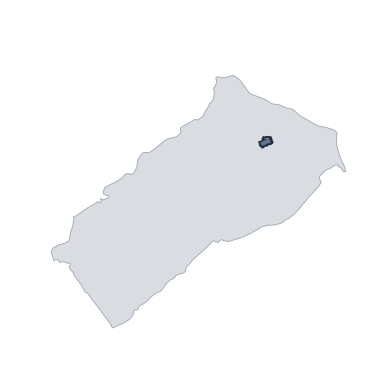 location of Akyem Mansa, Eastern, Ghana, rotated 234°
{"feature_id": "2480657B32538733435540", "entity_name": "Akyem Mansa", "entity_type": "district", "adm_level": 2, "iso_a3": "GHA", "parent_name": "Ghana", "parent_adm1": "Eastern", "projection": "equal_earth", "projection_center": [-1.143, 6.082], "detail": "fine", "context": "in_parent", "style": "filled", "palette": "slate", "viewbox_px": 384, "rotation_deg": 234, "n_neighbors": 0, "source": "geoboundaries", "source_scale": "gbopen_adm2", "svg_char_len": 5503}
<svg xmlns="http://www.w3.org/2000/svg" viewBox="0 0 384 384"><g transform="rotate(234 192 192)"><path d="M225.6,42.4L227.9,45.3L228.4,46.9L227.6,53.0L225.9,57.3L224.9,61.3L225.0,63.3L226.1,65.4L229.5,68.5L231.2,70.6L233.3,73.7L235.7,76.7L239.8,80.7L241.5,81.4L241.4,82.5L240.9,84.0L240.5,98.7L240.2,102.5L239.9,104.5L239.5,110.0L239.1,110.8L238.3,110.7L237.6,110.9L237.5,112.0L237.7,113.1L240.2,113.9L239.7,114.8L237.8,115.5L237.0,117.2L237.4,119.1L236.4,120.6L236.7,121.6L237.3,122.4L238.3,122.1L241.2,119.6L242.4,119.3L243.9,119.8L246.7,123.7L246.8,125.6L245.7,132.1L244.6,137.1L244.4,143.8L245.6,147.5L245.4,149.6L244.1,151.4L241.3,154.0L241.5,155.7L242.8,159.0L245.2,162.7L249.9,167.2L252.4,173.2L252.5,175.6L251.0,178.0L249.3,180.1L248.8,183.1L249.6,202.9L245.9,211.5L245.9,214.0L246.2,216.8L247.2,218.6L249.1,219.0L250.7,220.7L250.1,226.7L249.3,232.9L249.2,235.9L248.7,237.3L247.3,238.5L246.7,240.4L247.1,242.8L246.8,244.6L247.6,246.9L249.3,249.8L252.0,256.9L253.1,257.5L253.6,258.9L253.3,260.4L254.3,263.5L257.3,266.7L260.5,269.4L263.1,269.8L263.7,272.3L265.4,275.4L266.6,276.8L268.6,277.7L270.2,278.2L270.2,280.8L267.4,282.6L265.4,285.4L263.9,289.5L261.9,294.1L254.8,296.5L252.1,296.5L237.5,296.6L223.9,305.6L216.0,308.8L211.2,313.9L204.7,317.5L200.1,321.9L190.7,324.0L175.2,330.9L170.4,333.6L165.5,338.4L157.6,344.0L154.4,343.9L148.2,338.7L143.5,336.0L132.1,332.0L123.5,330.5L119.4,328.8L118.2,328.5L119.2,326.6L121.6,326.5L124.1,327.0L126.0,325.6L128.8,325.4L129.5,323.9L129.8,320.1L129.7,317.1L130.7,315.7L131.0,312.1L129.6,304.1L128.6,303.2L123.6,302.1L123.3,300.5L122.4,298.8L121.4,294.7L120.3,288.6L118.6,281.0L115.3,268.5L114.4,264.1L113.9,259.6L113.8,254.2L114.5,252.2L114.4,249.4L114.1,246.7L116.4,240.3L121.1,232.5L122.0,229.7L122.9,227.8L123.0,225.0L123.9,215.9L126.1,205.0L127.5,200.8L128.4,198.6L129.6,194.9L129.9,193.2L134.1,189.0L136.1,187.8L136.5,186.1L135.9,184.3L136.2,183.0L137.2,182.4L138.7,181.9L139.9,180.1L138.1,166.6L136.7,153.2L136.6,152.0L135.7,150.2L134.9,144.6L133.5,141.4L131.5,140.4L131.5,137.4L133.5,132.2L134.0,129.2L133.1,128.3L132.9,125.9L133.6,122.1L133.3,119.8L132.9,117.3L130.8,111.4L130.3,107.2L131.4,104.8L131.4,99.5L130.3,91.3L130.1,86.1L130.9,83.9L130.5,81.9L129.0,79.9L128.9,78.0L130.2,76.2L130.0,74.7L128.4,73.7L127.0,71.2L125.7,67.2L126.0,60.7L128.4,49.0L128.7,48.0L131.4,48.0L131.4,48.5L140.0,48.4L149.7,48.3L161.3,48.1L171.9,48.0L172.4,47.5L174.1,46.8L184.8,48.0L191.5,47.4L194.3,47.8L196.4,48.6L201.0,48.1L203.4,48.4L205.3,51.4L206.0,51.3L207.1,50.1L208.9,48.7L210.8,47.5L212.1,45.2L212.9,43.5L214.2,43.8L215.9,43.7L217.1,42.3L217.5,40.0L225.6,42.4Z" fill="#d9dde1" stroke="#a8b0b8" stroke-width="1"/><path d="M186.2,275.6L186.2,275.8L186.4,275.9L186.3,276.0L186.3,276.3L186.5,276.3L186.7,276.5L186.7,276.9L186.6,277.0L186.4,277.0L186.5,277.2L186.5,277.3L186.7,277.6L186.6,277.8L186.6,278.0L186.4,278.3L186.4,278.2L186.2,278.5L186.0,278.8L185.9,278.8L185.9,278.7L185.8,278.8L186.0,279.1L186.1,279.3L185.9,279.5L185.7,279.6L185.9,279.9L185.9,279.7L186.0,279.7L186.3,279.9L186.3,280.0L186.2,280.2L186.3,280.3L186.3,280.7L186.0,280.6L185.9,280.7L185.7,280.7L185.8,280.8L185.8,281.0L186.0,281.2L185.9,281.3L185.7,281.4L185.7,281.5L185.4,281.9L185.5,281.9L185.6,282.2L185.5,282.3L185.6,282.5L185.4,282.7L185.2,283.0L184.9,283.2L184.8,283.3L184.9,283.5L184.7,283.7L184.9,283.8L184.9,284.0L185.0,284.2L184.9,284.2L184.9,284.3L184.7,284.4L184.7,284.5L184.4,284.6L184.5,284.8L184.4,284.8L184.5,285.2L184.4,285.4L184.3,285.5L184.5,285.8L184.6,286.1L184.8,286.0L184.9,285.9L185.0,286.0L185.1,286.3L185.2,286.2L185.3,286.3L185.4,286.2L185.5,286.2L185.4,286.4L185.3,286.7L185.5,286.8L185.6,286.6L185.7,286.3L185.8,286.3L185.9,286.2L186.0,286.2L186.1,286.3L185.9,286.5L186.0,286.5L186.2,286.4L186.3,286.5L186.4,286.4L186.4,286.5L186.5,286.6L186.6,286.4L186.7,286.5L186.8,286.4L186.8,286.6L187.0,286.6L187.3,286.7L187.3,286.9L187.5,287.1L187.7,287.3L187.5,287.5L187.6,287.4L187.7,287.6L187.8,287.6L188.0,287.5L188.1,287.4L188.1,287.2L188.3,287.1L188.5,287.2L188.7,287.3L188.7,287.2L188.9,287.3L188.9,287.2L189.0,287.0L188.8,287.0L188.9,286.9L189.0,286.8L189.0,286.6L189.3,286.7L189.3,286.8L189.2,286.7L189.2,287.0L189.3,286.9L189.3,287.1L189.5,287.1L189.6,287.3L189.7,287.5L189.5,287.8L189.6,288.0L189.8,288.1L189.9,287.8L190.0,287.8L190.0,288.0L190.0,287.9L190.1,287.7L190.1,287.8L190.3,287.8L190.3,287.7L190.5,287.4L190.8,287.2L191.0,287.0L191.2,286.8L191.4,286.6L191.5,286.6L191.6,286.4L191.5,286.2L191.6,285.8L191.8,285.8L192.1,285.8L193.1,284.3L192.9,284.2L192.8,284.3L192.8,283.9L192.9,283.7L193.1,283.4L193.3,283.2L193.4,283.3L193.4,283.2L193.5,283.0L193.7,282.9L193.8,282.6L193.9,282.3L194.3,282.3L194.6,282.2L194.6,281.9L194.3,281.7L194.2,281.6L194.1,281.3L194.1,281.1L194.1,280.9L194.0,280.7L193.8,280.4L193.7,280.1L191.8,281.3L192.5,277.3L193.1,275.7L192.5,275.2L192.4,275.3L192.2,275.4L191.9,275.6L191.7,275.7L191.3,275.6L190.8,275.4L190.7,275.3L190.5,275.2L190.4,275.1L190.5,275.0L190.6,274.9L190.6,274.5L190.4,274.5L190.2,274.6L189.8,274.8L189.6,274.8L189.4,274.8L189.5,274.7L189.2,274.4L189.0,274.2L188.9,274.2L188.7,274.2L188.7,274.3L188.7,274.5L188.7,274.8L188.7,275.0L188.5,275.3L188.4,275.4L188.4,275.5L188.4,275.4L188.4,275.5L188.2,275.6L187.9,275.6L187.7,275.5L187.5,275.4L187.4,275.4L187.3,275.5L187.2,275.4L187.0,275.5L186.9,275.4L186.9,275.5L186.8,275.4L186.8,275.5L186.8,275.4L186.7,275.5L186.6,275.4L186.6,275.5L186.6,275.4L186.4,275.3L186.5,275.4L186.4,275.5L186.2,275.6Z" fill="#64748b" stroke="#1e293b" stroke-width="1.5"/></g></svg>